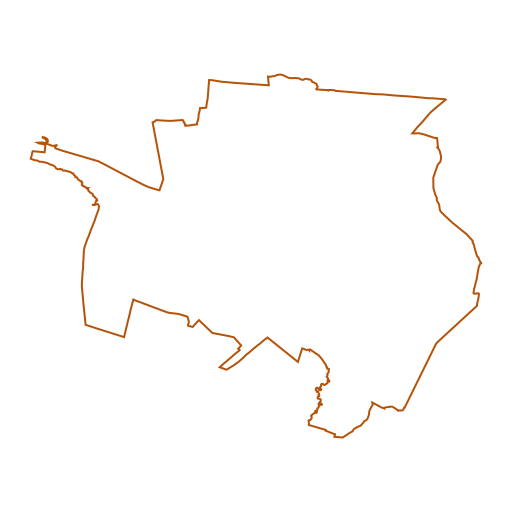 outline of Varvoru De Jos, Dolj, Romania
{"feature_id": "2599482B75592269034356", "entity_name": "Varvoru De Jos", "entity_type": "district", "adm_level": 2, "iso_a3": "ROU", "parent_name": "Romania", "parent_adm1": "Dolj", "projection": "equal_earth", "projection_center": [23.577, 44.231], "detail": "fine", "context": "isolated", "style": "outline", "palette": "amber", "viewbox_px": 512, "rotation_deg": 0, "n_neighbors": 0, "source": "geoboundaries", "source_scale": "gbopen_adm2", "svg_char_len": 5898}
<svg xmlns="http://www.w3.org/2000/svg" viewBox="0 0 512 512"><path d="M124.1,337.1L128.0,320.7L129.4,315.3L130.9,308.6L133.4,299.5L135.0,300.3L167.0,312.3L169.5,312.9L178.3,313.9L187.3,316.6L188.0,318.4L188.9,321.7L188.7,322.8L187.9,325.1L188.3,325.9L192.7,326.9L198.9,320.1L212.4,333.0L227.4,335.8L233.5,337.2L234.0,337.4L241.2,345.5L238.2,348.8L239.7,350.0L239.6,350.3L235.3,353.7L226.2,361.6L223.8,363.5L219.7,367.2L226.5,369.7L233.9,365.2L238.5,361.9L242.7,358.2L246.9,354.1L248.6,353.0L250.9,350.9L257.9,345.1L260.0,343.6L264.1,340.0L265.6,338.9L265.9,338.9L267.5,337.5L297.9,361.9L302.2,348.4L304.4,349.1L306.2,350.1L307.1,349.7L308.4,349.8L308.8,349.9L309.2,350.4L309.2,349.7L310.0,349.4L319.0,355.6L321.3,358.4L321.6,358.6L326.0,365.1L326.2,366.4L326.8,366.8L327.0,367.2L326.8,367.8L327.1,368.0L327.5,368.8L328.4,368.7L328.9,369.0L329.0,369.6L328.6,370.5L328.8,371.8L328.4,372.6L327.3,373.9L327.5,375.5L326.7,376.4L326.7,376.8L328.0,378.2L327.6,380.4L327.7,380.6L328.1,380.8L329.0,380.3L329.3,380.7L329.3,381.3L329.0,381.7L327.8,382.0L327.4,382.3L327.4,383.0L327.1,383.4L325.7,384.2L324.6,385.0L324.2,385.0L323.2,384.2L322.4,383.9L321.6,384.0L321.3,384.3L321.0,385.1L321.2,386.2L320.1,387.1L319.9,387.7L320.0,388.1L321.1,389.0L321.1,389.6L320.7,390.1L320.3,390.3L319.4,390.1L318.9,389.6L318.0,388.1L317.6,387.8L316.7,387.8L316.0,388.4L315.7,389.8L316.3,390.2L316.7,391.7L317.7,391.5L318.1,391.8L318.6,393.3L318.9,393.6L318.6,395.0L319.3,395.4L319.3,395.8L319.1,396.1L317.7,397.0L317.7,398.3L318.2,398.7L320.1,399.0L320.6,399.3L320.7,399.6L320.7,401.2L320.6,401.5L319.8,402.0L318.9,403.4L321.1,403.6L321.7,404.1L321.9,404.6L321.6,404.9L320.6,404.9L319.8,404.5L319.0,404.8L318.8,405.3L319.0,406.3L318.9,406.6L318.1,408.0L317.3,408.4L317.2,410.2L317.0,410.4L315.3,410.9L315.2,411.2L315.5,411.5L316.8,412.0L316.8,412.5L316.4,412.8L315.1,412.8L314.6,413.0L312.6,414.3L311.2,415.6L311.2,416.2L311.8,417.4L311.3,418.8L310.3,420.0L308.9,420.2L308.6,420.6L308.9,422.6L308.8,425.0L325.7,429.9L325.6,430.7L325.9,430.8L333.3,433.7L335.0,434.2L334.4,436.8L342.7,437.5L347.8,434.2L349.0,433.2L352.3,431.5L352.9,430.8L353.5,429.5L354.3,428.8L357.2,427.1L360.6,425.7L363.6,422.3L364.0,421.4L366.5,420.0L367.6,418.5L368.8,415.2L369.2,413.4L369.1,412.2L369.3,411.2L370.3,409.0L373.0,404.0L372.4,403.3L372.3,402.5L381.7,407.6L384.1,408.2L384.4,408.4L384.4,408.0L384.5,407.8L385.8,407.3L389.1,407.0L389.8,406.7L392.2,406.7L394.1,407.7L396.5,409.3L398.3,410.8L398.9,410.4L401.9,410.5L402.7,410.3L403.6,408.9L404.2,407.6L404.6,407.7L435.9,344.1L437.1,342.5L477.0,305.8L477.0,304.3L478.3,298.9L478.9,294.7L478.9,293.9L478.8,293.6L478.4,293.3L474.6,293.7L473.8,293.6L473.6,293.4L473.5,293.0L474.0,289.5L476.7,279.0L478.3,269.2L478.8,267.1L480.1,263.9L480.4,263.6L481.2,263.3L481.3,263.0L480.5,262.1L479.1,259.8L478.9,258.6L478.3,257.5L477.3,256.5L476.9,255.8L474.4,247.2L473.9,244.8L473.2,243.5L473.0,242.8L472.6,242.6L472.7,240.8L466.7,234.3L452.1,222.5L441.3,212.3L440.2,210.6L439.7,209.0L439.1,204.5L436.8,200.3L436.8,197.9L435.2,194.3L433.4,188.1L433.3,177.6L437.6,165.1L438.6,163.6L439.6,162.7L440.5,161.3L441.1,158.1L440.9,155.7L439.9,151.6L439.0,149.5L437.3,147.5L438.0,147.2L437.1,138.1L434.2,137.8L423.9,134.4L419.6,133.4L418.2,133.2L414.3,133.5L412.3,133.4L417.2,127.4L422.1,122.2L430.2,112.7L435.5,108.1L445.7,99.6L445.2,99.3L440.0,98.9L432.8,98.3L428.4,98.2L412.6,96.7L393.5,95.4L383.0,94.4L376.0,94.2L335.9,90.9L335.4,90.8L335.0,90.5L334.5,90.3L332.7,90.1L328.5,90.0L328.3,90.5L327.8,90.4L327.8,90.1L321.7,89.8L315.6,89.3L316.4,89.0L316.7,88.6L317.4,87.4L317.7,86.4L316.8,85.3L316.6,84.0L313.8,82.4L312.4,82.1L312.0,81.6L311.7,80.8L310.4,79.7L309.3,79.3L308.3,79.4L306.5,78.8L305.8,78.8L305.1,78.9L303.1,79.8L302.0,79.8L300.9,79.4L299.1,78.4L295.4,78.0L291.7,78.2L289.3,78.0L287.5,77.4L283.6,75.4L280.6,74.5L277.8,74.8L274.0,76.2L272.0,76.3L270.0,76.8L268.0,76.6L268.8,85.3L233.6,82.8L221.4,81.7L212.2,80.2L209.1,80.0L207.7,98.2L206.7,103.7L206.2,107.7L200.0,108.1L199.7,110.5L198.7,114.4L198.4,118.4L197.7,121.1L197.0,122.9L197.0,124.4L191.9,125.0L188.2,125.6L185.2,125.7L185.1,125.3L185.4,124.4L184.4,123.4L184.4,122.4L183.5,121.8L183.2,120.7L182.8,120.1L182.4,119.9L181.7,120.1L170.7,120.9L163.8,120.6L156.2,120.1L154.9,121.4L152.6,122.4L163.3,179.1L159.5,190.3L154.7,189.0L149.2,187.3L144.6,185.4L137.9,182.0L102.0,163.1L101.5,163.0L98.8,161.4L63.0,150.9L56.4,148.7L55.1,147.9L55.0,147.6L55.5,146.3L56.6,145.5L56.7,145.3L56.6,145.1L52.8,146.0L47.5,144.0L46.4,143.8L46.8,142.8L47.9,141.5L47.4,140.9L47.7,140.1L47.7,139.8L46.7,138.6L45.8,138.2L44.7,137.4L43.2,137.3L42.6,137.1L42.5,137.4L42.7,137.7L44.8,138.6L46.4,140.1L46.6,141.0L46.6,141.5L45.5,143.4L45.0,143.4L43.5,142.6L39.7,142.5L37.6,142.7L39.2,143.5L40.9,143.7L43.8,144.3L45.2,145.1L45.4,145.7L44.6,152.3L32.7,151.2L32.3,152.5L31.5,156.2L30.7,158.7L33.2,159.7L35.5,160.4L37.6,160.6L39.4,161.7L42.4,161.8L47.6,163.1L50.5,164.7L51.5,164.7L54.2,166.0L54.9,166.6L56.3,168.5L57.1,169.1L58.7,169.2L60.2,168.9L60.8,169.4L62.1,169.4L62.6,170.2L63.5,170.7L64.1,170.7L65.2,170.4L66.4,171.1L67.6,171.2L68.9,171.7L70.3,171.9L72.3,173.4L73.3,173.4L73.6,174.6L74.7,175.4L75.4,176.2L75.2,176.8L75.3,177.1L75.7,177.3L77.0,177.4L77.2,177.7L78.1,179.6L79.0,180.0L80.8,181.4L81.3,181.2L81.6,181.5L81.8,182.2L82.4,182.8L81.8,184.1L81.9,185.2L83.3,185.7L83.4,186.4L84.1,186.4L85.7,187.1L85.9,187.7L87.8,188.0L87.1,188.4L87.1,188.6L87.8,189.4L88.2,189.5L88.4,190.7L90.2,192.5L91.4,193.1L92.9,194.4L92.9,195.6L94.9,197.1L95.2,197.5L95.4,198.1L96.8,199.0L96.9,200.1L97.2,200.4L96.7,200.9L96.3,200.8L95.9,201.4L95.2,204.0L94.8,204.3L92.9,204.8L93.0,205.0L94.5,205.0L97.3,204.1L97.9,204.2L98.9,205.8L98.9,207.7L98.5,209.6L96.3,215.7L94.5,221.0L91.2,229.2L88.4,236.9L87.4,238.9L84.5,247.1L83.8,251.7L83.5,259.5L83.1,263.6L83.2,266.4L82.6,272.1L81.9,283.5L81.9,286.9L83.5,304.4L85.6,324.8L99.4,329.3L124.1,337.1Z" fill="none" stroke="#b45309" stroke-width="2"/></svg>